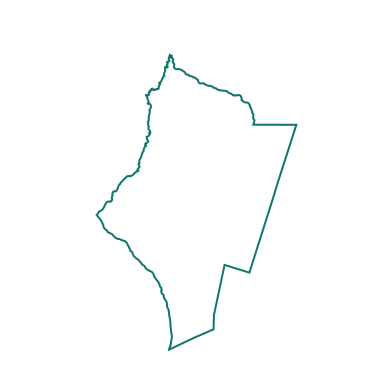 the district of Capitán Sarmiento, Buenos Aires, Argentina, rotated 318°
{"feature_id": "61730980B51809222363415", "entity_name": "Capitán Sarmiento", "entity_type": "district", "adm_level": 2, "iso_a3": "ARG", "parent_name": "Argentina", "parent_adm1": "Buenos Aires", "projection": "robinson", "projection_center": [-59.868, -34.142], "detail": "fine", "context": "isolated", "style": "outline", "palette": "teal", "viewbox_px": 384, "rotation_deg": 318, "n_neighbors": 0, "source": "geoboundaries", "source_scale": "gbopen_adm2", "svg_char_len": 5962}
<svg xmlns="http://www.w3.org/2000/svg" viewBox="0 0 384 384"><g transform="rotate(318 192 192)"><path d="M314.5,211.9L282.6,183.0L284.1,182.3L284.5,181.8L285.3,181.4L285.7,180.9L286.3,180.6L286.5,180.0L286.6,178.5L286.8,178.0L287.5,177.2L288.4,176.8L289.0,176.1L289.8,174.8L289.7,173.4L290.3,173.0L290.5,172.2L291.4,170.6L292.0,168.6L292.1,167.5L293.0,166.3L293.2,165.5L293.4,163.5L293.0,162.7L291.8,161.4L291.2,160.7L290.7,159.4L290.5,158.7L290.7,158.0L290.4,157.3L290.3,156.8L291.3,155.9L291.7,155.4L291.9,154.8L292.1,154.2L292.4,153.5L292.4,152.7L292.2,151.9L291.7,151.3L290.8,150.6L290.2,150.2L289.3,149.9L288.0,148.3L287.4,148.0L287.2,147.5L287.1,146.0L286.9,145.1L286.5,144.3L285.5,143.0L285.4,140.6L285.0,139.8L282.5,137.1L282.1,136.2L281.1,135.7L280.4,134.3L279.8,133.8L279.5,132.7L279.4,131.7L279.1,130.7L278.3,130.0L278.2,129.4L277.6,128.2L277.8,127.2L277.5,126.8L277.1,126.4L276.8,125.8L276.1,124.7L275.5,124.4L274.8,123.0L274.1,122.2L273.8,120.5L273.5,120.0L273.4,119.0L272.3,118.0L271.6,117.6L270.6,116.6L270.3,115.5L270.4,114.5L271.3,112.9L271.2,111.8L270.9,111.0L271.0,109.5L270.6,108.6L269.7,108.1L269.5,106.4L269.0,105.7L268.6,105.0L268.1,104.6L267.8,103.8L267.9,103.3L267.5,102.9L267.5,102.2L267.3,101.7L266.7,101.3L266.6,100.8L266.3,100.5L266.5,99.0L266.8,98.4L266.7,97.6L266.1,95.9L266.1,94.7L265.7,94.1L265.3,93.2L264.2,91.4L263.8,91.2L262.5,90.3L261.8,88.5L261.9,87.8L262.2,87.3L262.5,86.5L263.7,85.6L264.3,85.4L264.6,84.2L264.5,83.1L264.6,82.7L265.1,82.2L265.6,81.5L266.6,81.2L266.9,80.5L266.7,79.2L266.9,78.7L267.4,78.2L267.6,77.8L268.0,77.5L267.9,77.3L267.7,77.2L267.9,77.0L267.9,76.8L267.8,76.7L267.3,76.7L267.2,76.4L267.3,76.1L266.9,76.1L266.9,75.5L265.7,76.2L265.7,76.4L266.1,77.4L265.9,77.5L265.6,77.5L265.0,76.8L264.8,76.7L264.4,76.8L264.2,77.2L263.3,78.0L263.2,78.4L263.3,78.9L263.0,79.5L262.6,79.7L262.0,79.5L260.9,78.8L260.3,78.7L260.1,79.0L260.1,79.7L260.0,80.2L259.6,80.5L258.7,80.6L257.9,81.0L258.1,82.1L257.6,82.8L257.0,82.9L256.6,82.7L256.5,82.1L255.6,81.2L255.0,81.4L254.7,82.2L254.3,82.8L253.1,84.0L251.4,84.9L250.7,85.1L250.0,85.6L249.3,87.2L248.6,86.8L247.7,87.2L246.8,87.5L246.1,88.0L245.1,88.1L243.8,88.9L242.4,89.3L241.0,88.9L240.6,89.0L240.6,89.3L240.8,89.7L240.8,90.1L240.7,90.5L240.4,90.6L239.2,90.9L238.3,90.9L237.4,92.1L236.1,92.9L235.2,92.5L235.1,92.1L234.7,91.8L233.1,91.5L233.0,91.0L232.8,90.7L232.6,90.6L232.1,90.7L231.5,90.5L231.5,89.7L231.6,88.9L231.6,88.5L230.9,88.3L230.7,88.3L230.1,88.9L229.8,89.0L229.3,89.0L228.9,88.7L228.5,88.7L228.4,88.7L228.2,89.3L227.9,89.5L227.7,89.6L227.0,89.1L226.7,89.1L226.3,89.3L226.1,89.7L225.9,90.1L225.2,90.7L224.6,91.0L224.3,91.0L223.4,89.5L223.0,89.2L222.7,89.2L222.5,89.4L222.5,89.8L222.0,91.7L221.8,92.3L221.0,93.6L220.5,95.2L220.1,96.1L219.1,96.4L218.9,96.4L218.5,96.5L218.3,97.0L218.7,97.3L219.0,97.5L219.4,98.1L219.6,98.5L219.6,99.4L218.9,100.8L217.9,101.7L217.3,102.0L216.3,102.2L215.3,102.5L214.3,104.2L213.4,105.1L212.8,105.4L212.4,105.5L210.5,107.1L209.3,107.8L208.6,109.0L208.2,109.5L207.0,110.2L206.5,110.2L206.0,110.5L205.7,110.9L205.7,111.3L205.5,111.9L205.3,112.1L204.6,112.3L204.1,113.3L203.8,114.1L203.6,114.5L203.2,114.9L202.3,115.4L202.0,115.8L201.7,116.6L201.7,117.9L201.2,119.3L201.0,119.9L200.7,120.0L200.2,119.5L199.4,119.6L199.2,121.0L196.5,121.3L195.5,120.7L195.2,120.7L195.0,120.9L193.6,123.4L193.5,125.1L193.1,125.3L192.3,125.3L190.3,125.2L190.0,124.8L189.2,125.0L189.1,125.3L189.2,126.2L188.9,126.7L188.7,126.4L188.1,126.4L186.9,127.1L185.4,127.5L185.0,127.7L183.7,128.9L183.1,129.3L181.5,129.5L180.1,130.5L179.7,130.8L179.2,130.9L177.4,132.0L175.7,132.7L174.3,133.1L173.6,133.6L172.6,134.8L172.3,135.4L171.9,135.5L171.8,135.4L171.4,135.4L170.9,135.5L170.7,135.8L170.0,138.1L168.7,138.5L166.7,138.7L166.5,139.1L166.4,140.3L165.9,140.3L165.6,140.3L164.9,139.7L164.4,139.5L163.1,139.8L162.1,139.4L161.1,139.7L160.3,139.7L159.4,139.8L158.4,139.6L157.8,139.2L157.0,139.3L156.7,139.2L156.5,138.9L156.5,138.7L156.2,138.1L155.5,137.9L154.7,137.1L154.2,136.9L152.6,137.0L151.2,136.9L149.9,137.1L149.0,137.0L147.8,137.3L145.7,137.3L144.6,137.5L144.3,137.6L144.0,137.9L143.5,138.0L142.3,137.9L138.2,140.1L136.9,140.5L135.9,140.5L135.3,140.1L134.7,139.4L134.4,139.3L133.7,139.4L133.3,139.2L133.1,139.4L132.1,139.7L131.5,140.4L130.3,141.3L130.3,141.6L128.8,142.4L128.4,142.8L127.8,144.1L127.6,144.3L126.7,144.6L125.0,144.7L124.7,144.1L124.2,143.9L123.9,143.4L122.7,142.7L122.2,142.6L120.9,142.7L119.2,143.2L116.5,144.4L113.9,145.1L113.3,145.1L111.7,144.9L109.5,144.4L109.1,144.5L108.1,144.9L107.2,145.2L106.3,145.4L105.9,145.3L105.9,145.6L105.7,146.3L105.4,151.8L105.2,153.0L104.9,153.9L104.0,157.2L103.5,157.9L103.1,158.2L102.7,159.2L102.6,162.2L103.0,163.3L103.1,164.1L102.6,165.0L102.8,165.6L102.9,166.7L103.0,167.0L103.4,167.5L103.7,168.4L104.2,169.2L104.3,169.6L104.4,172.1L104.4,174.4L104.6,175.2L105.0,175.8L105.2,176.7L105.5,177.3L106.6,178.4L106.9,178.9L107.1,179.8L107.4,180.2L107.8,181.1L109.2,183.4L109.5,184.6L109.4,186.6L108.7,188.6L108.5,190.2L107.9,191.4L107.8,192.2L107.5,192.8L107.4,193.8L106.8,194.6L107.3,196.1L107.4,196.6L106.9,197.3L106.1,199.8L105.9,201.3L106.3,204.8L106.9,206.7L106.7,208.5L106.7,210.2L106.9,210.7L106.4,212.2L106.6,213.3L107.2,215.3L107.0,216.4L106.6,217.4L106.7,218.8L107.3,221.3L108.2,223.4L108.7,224.3L108.5,226.7L107.7,229.1L107.3,229.6L107.2,230.4L106.8,234.3L106.8,236.2L106.2,238.0L106.0,239.2L105.3,239.9L105.0,240.7L105.1,241.6L104.9,242.7L103.7,244.9L103.0,244.9L102.0,246.2L101.7,247.2L101.6,247.8L102.1,248.9L101.7,250.0L101.0,250.8L100.7,251.5L100.4,251.7L100.1,252.4L100.2,253.5L99.6,256.4L99.2,257.5L98.2,258.7L97.8,259.5L97.4,259.5L97.0,260.1L96.5,261.2L95.9,263.4L95.3,264.7L92.6,268.3L91.7,269.9L88.1,275.3L86.7,276.7L86.1,277.5L84.2,280.3L82.8,282.0L82.2,283.3L80.7,285.5L79.6,286.7L75.9,289.5L75.1,290.4L73.6,291.5L70.7,292.9L69.5,293.8L96.0,301.7L116.1,308.5L126.0,298.1L167.4,268.0L180.7,290.3L243.2,253.7L264.1,241.2L314.5,211.9Z" fill="none" stroke="#0f766e" stroke-width="2"/></g></svg>